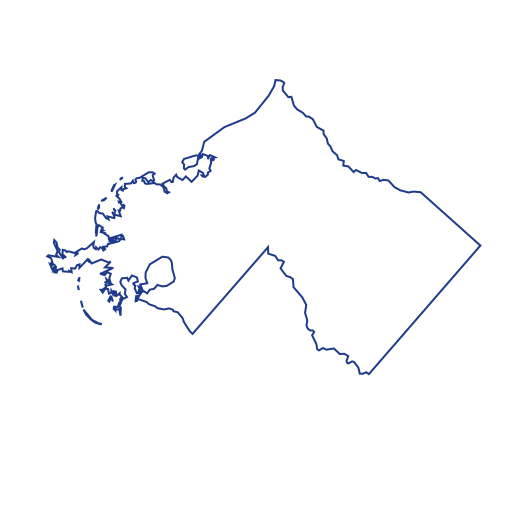 Louisiana, Equal Earth projection, rotated 131°
{"feature_id": "USA-3535", "entity_name": "Louisiana", "entity_type": "State", "adm_level": 1, "iso_a3": "USA", "parent_name": "United States of America", "parent_adm1": "", "projection": "equal_earth", "projection_center": [-90.64, 30.971], "detail": "fine", "context": "isolated", "style": "outline", "palette": "blue", "viewbox_px": 512, "rotation_deg": 131, "n_neighbors": 0, "source": "natural_earth", "source_scale": "10m", "svg_char_len": 6179}
<svg xmlns="http://www.w3.org/2000/svg" viewBox="0 0 512 512"><g transform="rotate(131 256 256)"><path d="M369.1,317.2L365.0,320.1L363.9,319.1L365.6,318.6L364.9,317.7L358.2,318.6L356.1,317.5L355.6,313.6L351.1,314.1L347.7,311.4L342.5,311.4L340.4,306.8L337.2,303.8L329.3,301.4L326.0,302.7L320.8,310.5L316.4,315.0L315.0,317.5L314.7,321.2L317.9,326.2L332.0,330.7L340.9,328.4L345.1,325.0L347.9,320.2L353.4,324.7L356.5,318.6L357.0,319.7L355.3,323.5L356.1,324.7L357.0,322.5L359.7,321.4L358.2,319.7L360.7,319.5L362.3,321.4L359.9,326.5L357.6,327.6L357.7,330.0L357.0,330.7L352.7,328.5L350.3,331.7L352.1,336.9L358.3,336.1L357.0,338.9L360.9,342.6L364.6,341.4L366.2,338.2L366.8,332.6L370.6,330.2L371.6,326.5L375.1,327.9L375.1,329.6L377.6,327.9L378.8,328.7L378.0,330.1L374.7,330.7L374.7,333.5L373.5,334.5L377.6,335.0L378.6,336.6L377.9,337.8L376.8,338.1L376.3,336.7L374.7,338.3L376.0,340.5L378.6,339.1L377.2,342.3L378.8,341.1L380.9,342.3L378.0,346.0L380.1,349.3L377.7,348.8L376.0,351.5L376.4,349.3L371.9,346.0L372.1,347.4L368.9,352.2L364.7,353.9L365.7,357.6L369.5,357.7L370.2,358.7L369.0,358.7L371.9,362.0L358.7,355.9L363.7,362.5L355.4,362.0L357.5,362.8L360.2,370.5L369.5,375.2L368.7,378.0L369.9,378.0L369.8,379.3L368.3,380.1L368.6,380.9L380.8,381.5L378.1,383.7L380.5,385.1L384.1,384.2L386.4,387.5L389.2,384.5L389.8,387.3L390.6,386.7L394.3,391.7L392.3,393.9L396.9,396.6L399.2,395.5L400.5,397.2L399.3,397.8L400.6,398.9L398.1,399.4L398.1,397.8L395.3,400.1L395.2,401.1L399.8,401.1L397.3,406.0L396.9,403.9L395.2,403.3L396.1,406.6L394.8,404.9L392.1,409.1L393.2,413.3L391.7,413.2L386.3,404.4L386.2,407.7L382.5,408.9L378.7,417.2L376.3,418.7L376.7,415.4L379.8,411.3L380.0,408.3L382.4,407.1L384.5,400.1L383.6,400.0L382.8,402.7L381.8,398.3L381.6,403.3L378.1,405.9L376.8,403.1L377.2,401.5L375.4,400.5L372.1,393.4L373.7,392.8L371.3,392.1L370.6,392.8L371.2,394.5L364.5,392.3L363.6,390.0L361.2,388.7L351.8,387.5L355.4,385.3L356.3,383.2L355.9,381.4L354.3,382.4L354.4,379.1L351.7,379.4L351.0,377.4L351.9,374.8L349.8,374.3L349.2,377.3L346.4,374.6L344.3,375.6L334.8,369.1L333.0,369.1L333.1,370.8L329.9,366.4L328.2,369.6L329.9,370.2L328.2,371.5L339.4,378.5L337.8,380.2L338.6,385.7L337.3,384.0L339.8,388.9L338.6,389.5L336.8,388.0L337.0,390.0L335.1,390.1L335.8,394.8L337.8,394.5L336.0,398.9L333.0,402.3L327.1,406.0L326.2,405.6L326.4,402.3L324.5,399.5L325.8,393.9L325.1,391.3L323.5,394.0L320.4,387.9L319.2,388.5L317.1,393.4L317.1,388.9L314.7,384.2L311.8,389.5L310.9,388.3L309.1,389.5L307.0,388.7L306.6,387.1L304.5,388.2L304.3,389.5L306.0,390.0L304.8,393.3L305.6,394.5L305.0,395.4L303.5,393.4L302.3,396.7L302.3,401.6L301.5,399.9L300.2,400.0L300.1,401.9L298.3,403.3L292.3,402.7L294.5,400.9L294.0,399.4L292.9,400.0L289.9,398.3L290.0,400.3L287.6,402.2L283.3,398.0L280.0,398.3L281.2,396.1L279.7,395.0L278.3,395.3L277.6,397.1L275.8,397.2L273.1,395.0L263.4,392.0L260.8,389.2L260.1,385.7L260.8,386.9L262.9,386.9L265.8,382.5L267.2,382.4L267.7,385.3L270.9,385.7L270.0,390.6L271.3,392.8L273.8,391.1L272.9,390.0L274.0,387.5L273.3,385.7L267.4,380.4L267.2,378.0L264.8,375.2L264.8,370.9L267.4,367.2L266.9,364.1L265.1,363.6L265.7,365.5L263.7,368.3L263.9,370.8L262.6,374.0L255.1,371.0L255.6,368.2L254.8,367.4L250.9,369.6L247.0,369.6L248.1,367.2L246.9,361.3L241.9,361.1L242.3,353.3L233.8,352.8L229.0,355.2L228.1,350.4L229.3,348.2L230.8,349.9L231.0,348.5L229.7,346.2L226.2,345.7L224.5,347.1L221.5,346.1L220.5,348.7L215.3,350.9L212.4,353.8L211.6,353.8L212.0,351.3L211.0,351.0L210.0,352.6L208.4,351.5L210.1,357.0L214.5,355.9L212.0,357.6L214.0,363.1L216.9,361.7L219.0,362.5L216.4,363.4L216.1,364.2L217.3,364.7L216.5,365.7L212.2,365.8L203.8,370.0L179.4,364.4L158.8,354.0L148.4,350.8L126.8,351.6L115.9,353.7L110.4,356.7L107.5,352.7L106.7,349.4L107.0,348.1L111.1,346.7L113.5,344.1L114.9,335.8L112.6,333.8L117.5,326.2L118.4,321.1L117.2,314.7L117.8,309.6L116.1,307.5L115.5,302.8L118.7,294.8L117.1,287.4L119.8,284.6L120.8,279.8L124.0,275.5L124.5,271.7L126.7,267.1L126.8,260.8L129.0,257.2L126.7,252.1L130.5,249.4L127.8,245.0L128.6,237.4L125.5,237.0L123.9,230.7L121.1,227.3L122.4,223.0L120.0,220.1L119.1,216.5L117.2,215.1L118.2,211.8L114.8,209.7L112.1,205.5L113.2,196.5L111.7,190.0L108.0,182.6L103.9,179.2L99.8,173.5L100.9,93.5L271.1,93.3L271.4,96.6L274.8,98.1L276.7,100.5L273.1,105.5L271.6,112.5L272.5,114.3L276.5,115.8L276.8,117.2L275.8,118.8L271.0,120.7L271.9,125.2L275.0,128.5L274.7,136.6L280.5,141.4L281.5,145.1L285.9,146.5L286.1,148.8L282.9,152.6L279.0,161.7L275.2,162.2L275.0,164.3L276.8,166.6L276.8,169.5L275.4,172.2L270.9,175.1L266.7,181.7L259.9,186.0L256.8,194.1L254.9,207.2L249.3,212.9L249.5,216.4L251.2,220.0L249.2,229.4L242.1,231.1L242.6,234.0L244.7,236.4L243.3,241.5L246.2,248.3L241.5,252.7L356.4,252.8L356.2,256.7L353.1,267.1L351.1,270.5L349.8,278.1L351.8,281.9L351.1,283.5L352.7,287.4L356.5,290.1L360.0,296.1L360.2,299.4L362.6,305.1L362.5,308.4L365.4,315.6L366.8,317.5L368.0,316.4L369.1,317.2ZM233.6,373.3L230.0,374.0L219.2,367.2L218.3,365.0L225.5,360.8L228.8,361.7L233.2,365.3L237.3,366.2L237.1,368.0L234.1,370.2L233.6,373.3ZM389.5,326.2L389.3,328.7L387.4,329.9L385.1,326.8L380.8,328.7L380.0,327.3L383.7,325.9L383.7,324.1L389.9,319.1L385.8,324.5L387.6,325.7L387.8,327.9L389.5,326.2ZM341.1,376.2L339.9,377.3L337.3,374.5L335.3,374.9L333.6,372.3L337.1,372.4L341.1,376.2ZM408.4,327.9L409.8,328.9L411.8,333.9L412.2,339.4L411.6,346.0L409.6,351.1L411.8,337.8L409.9,330.0L408.4,327.9ZM372.3,348.2L375.2,353.2L373.3,351.0L371.5,353.8L371.4,349.2L372.3,348.2ZM380.6,348.1L384.2,347.7L383.4,351.0L380.6,348.1ZM294.6,409.2L302.2,407.1L301.3,407.9L300.3,408.3L295.7,409.6L294.6,409.2ZM343.1,391.1L343.5,392.2L339.0,395.5L339.4,393.8L343.1,391.1ZM313.6,407.3L316.0,409.0L310.0,406.9L313.6,407.3ZM386.7,336.8L386.7,338.1L383.2,339.0L384.1,337.7L386.7,336.8ZM384.1,334.1L383.1,337.3L381.1,339.4L384.1,334.1ZM320.0,408.3L322.2,406.3L323.8,406.0L323.8,406.6L320.0,408.3ZM390.9,372.4L391.0,374.2L387.7,375.2L390.6,373.6L390.9,372.4ZM314.7,391.7L313.6,394.9L314.0,392.0L314.7,391.7ZM407.6,354.6L404.6,358.8L408.5,352.9L407.6,354.6ZM284.0,408.1L286.4,408.3L287.8,408.8L285.7,408.8L284.0,408.1ZM397.6,367.8L398.0,367.5L395.1,371.1L397.6,367.8ZM344.8,390.0L346.1,389.6L344.5,390.6L344.8,390.0Z" fill="none" stroke="#1e3a8a" stroke-width="2"/></g></svg>